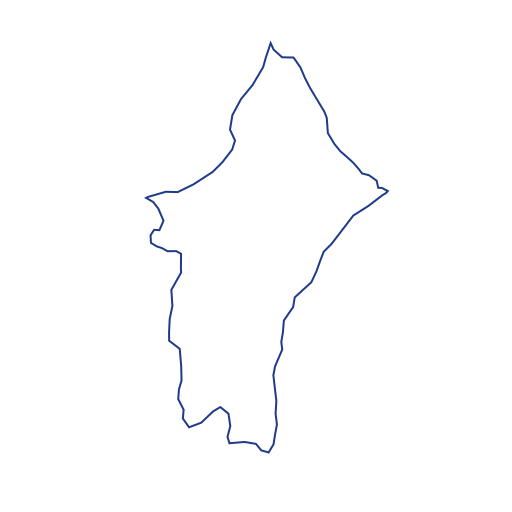 the district of Softades, Larnaca, Cyprus, rotated 329°
{"feature_id": "46923920B50820713995744", "entity_name": "Softades", "entity_type": "district", "adm_level": 2, "iso_a3": "CYP", "parent_name": "Cyprus", "parent_adm1": "Larnaca", "projection": "robinson", "projection_center": [33.542, 34.822], "detail": "fine", "context": "isolated", "style": "outline", "palette": "blue", "viewbox_px": 512, "rotation_deg": 329, "n_neighbors": 0, "source": "geoboundaries", "source_scale": "gbopen_adm2", "svg_char_len": 1397}
<svg xmlns="http://www.w3.org/2000/svg" viewBox="0 0 512 512"><g transform="rotate(329 256 256)"><path d="M191.7,149.6L195.7,156.8L196.7,164.9L194.9,178.1L186.5,184.1L182.2,181.1L176.3,183.9L172.7,190.7L176.0,196.8L179.3,200.6L182.7,206.4L190.1,210.7L192.9,215.5L189.6,220.9L185.7,227.2L183.2,231.7L166.0,241.4L158.6,255.8L149.7,265.4L142.2,276.6L137.9,283.9L142.8,296.3L135.2,311.8L128.0,324.4L121.2,330.7L115.6,338.7L114.8,350.5L109.6,357.6L110.4,368.3L123.2,370.7L139.2,367.1L147.6,367.1L151.2,377.0L146.4,388.5L138.4,396.4L136.8,402.8L150.4,409.5L159.2,417.0L160.4,425.3L163.4,428.5L165.6,430.9L174.0,426.5L179.6,419.8L187.2,411.1L191.6,401.2L198.7,390.9L202.3,383.0L209.5,367.1L215.5,360.4L230.3,349.7L233.5,342.6L239.9,335.1L246.7,325.6L261.5,318.9L267.9,311.4L289.9,307.0L299.9,300.3L309.5,292.4L316.3,287.2L327.1,284.5L340.3,279.3L360.3,271.4L377.8,271.0L395.8,269.0L399.8,269.0L402.4,268.2L399.0,262.5L395.9,260.5L398.2,253.6L394.5,245.0L389.4,239.8L388.9,234.6L387.4,226.2L385.0,218.1L382.2,209.5L380.9,200.3L380.9,187.7L387.8,174.0L388.9,167.7L388.9,150.7L388.9,139.8L389.6,129.0L391.2,117.1L390.4,105.2L380.7,99.1L377.4,88.2L378.2,81.1L366.6,91.0L359.4,97.8L341.0,107.7L323.9,113.8L308.3,123.1L298.8,134.3L297.5,146.2L290.4,152.5L275.5,158.3L262.2,161.6L239.2,162.4L235.9,162.1L221.8,160.9L211.8,154.5L193.7,149.7L191.7,149.6Z" fill="none" stroke="#1e3a8a" stroke-width="2"/></g></svg>